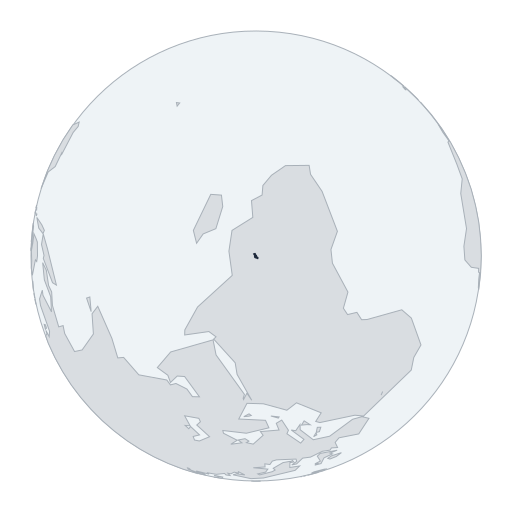 Chitipa on an orthographic globe, rotated 183°
{"feature_id": "MWI-1873", "entity_name": "Chitipa", "entity_type": "District", "adm_level": 1, "iso_a3": "MWI", "parent_name": "Malawi", "parent_adm1": "", "projection": "orthographic", "projection_center": [33.389, -9.977], "detail": "fine", "context": "on_globe", "style": "filled", "palette": "slate", "viewbox_px": 512, "rotation_deg": 183, "n_neighbors": 0, "source": "natural_earth", "source_scale": "10m", "svg_char_len": 6431}
<svg xmlns="http://www.w3.org/2000/svg" viewBox="0 0 512 512"><g transform="rotate(183 256 256)"><circle cx="256" cy="256" r="225" fill="#eef3f6" stroke="#a8b0b8"/><path d="M31.8,234.0L32.3,236.1L32.3,244.8L31.9,251.1L32.9,251.5L33.0,255.3L40.4,256.0L47.2,263.0L48.9,276.6L47.2,294.4L54.8,329.1L54.1,343.8L60.1,357.9L70.3,379.8L69.1,380.8L75.9,389.3L80.4,396.2L81.4,398.1L87.0,404.8L88.0,406.1L91.3,409.5L99.8,418.3L88.0,406.1L77.2,393.1L67.4,379.3L58.7,364.7L51.1,349.6L44.6,334.0L39.4,317.9L35.3,301.4L32.6,284.7L31.0,267.8L30.8,250.9L31.8,234.0ZM102.0,420.4L107.7,425.5L116.4,432.8L102.0,420.4ZM117.1,433.3L121.2,436.4L121.7,436.8L122.4,437.4L117.1,433.3ZM126.6,440.4L122.3,437.3L127.2,440.4L131.3,443.5L129.3,442.3L126.6,440.4ZM117.3,432.4L114.6,429.5L115.9,430.2L118.1,432.5L117.3,432.4ZM458.8,157.8L461.9,165.4L460.7,167.1L461.9,170.7L458.3,164.6L458.2,170.0L468.6,195.3L469.9,201.8L467.6,210.7L466.7,205.7L457.3,189.5L458.9,204.6L466.1,221.1L468.7,238.2L464.6,230.7L461.6,215.7L458.2,209.5L456.7,196.0L449.3,174.9L445.0,176.4L443.0,168.6L432.2,151.1L424.7,153.1L414.3,169.6L416.7,189.7L411.4,197.5L395.6,166.2L388.7,147.0L382.9,147.8L366.8,131.2L338.6,127.5L334.7,122.8L329.3,124.5L318.0,119.5L312.1,112.2L305.1,112.4L321.0,131.9L328.4,132.0L334.8,125.2L337.8,132.3L348.7,139.4L336.2,155.7L294.5,170.0L290.7,155.1L260.3,117.2L261.4,113.2L261.2,112.8L260.9,112.0L257.9,118.5L252.7,111.7L268.7,136.8L271.2,148.3L293.9,170.8L291.7,173.2L299.1,178.1L323.1,173.4L323.2,178.5L311.7,202.0L278.7,235.4L283.3,259.4L281.3,280.3L261.2,294.4L263.4,311.1L253.1,317.2L252.8,326.8L244.8,337.4L231.3,347.8L207.7,349.3L205.8,340.4L193.4,324.0L176.0,284.9L181.5,266.4L179.3,252.8L162.3,224.8L166.0,208.4L161.5,202.3L152.3,205.0L147.2,197.9L141.7,198.4L107.6,209.9L97.6,202.1L86.6,175.8L93.1,163.0L95.0,150.2L140.2,101.8L148.9,102.2L183.5,93.0L187.7,93.9L182.7,102.8L207.9,111.5L217.1,103.6L240.9,108.8L257.3,108.4L264.7,92.3L237.9,92.4L234.1,85.1L256.4,78.5L280.0,80.0L279.2,77.3L265.1,71.0L271.3,66.7L260.3,68.7L264.2,71.3L257.4,73.0L253.4,70.8L255.8,69.1L248.9,68.0L239.5,77.3L242.4,80.9L223.9,83.4L227.0,90.0L221.7,93.5L214.5,83.7L215.8,80.1L201.6,71.5L198.5,75.4L211.7,84.1L207.2,83.6L203.2,90.1L202.8,84.8L189.2,75.5L173.0,79.9L151.0,98.0L141.8,101.1L134.7,99.8L144.1,83.7L163.6,78.8L167.2,74.0L164.5,69.0L170.6,68.3L171.9,66.0L179.4,64.5L191.1,58.0L198.8,56.6L204.6,50.5L209.4,49.2L204.6,53.0L205.4,55.3L224.9,53.5L229.0,52.0L231.2,48.5L236.3,48.9L235.9,45.8L247.6,44.4L233.0,43.8L235.1,40.7L242.8,38.5L240.9,37.6L228.4,41.5L225.7,43.3L227.7,44.9L218.2,51.1L211.3,52.7L211.2,46.6L201.4,48.6L205.7,44.0L236.9,34.7L249.4,33.4L267.5,36.3L264.0,37.5L255.7,36.8L262.3,39.7L262.3,38.3L266.5,39.0L269.6,37.2L272.7,37.6L270.4,35.4L274.6,35.8L276.0,37.2L284.2,35.9L293.3,37.0L293.6,36.5L291.4,35.7L304.4,38.2L304.0,37.9L299.7,36.8L296.2,35.6L295.1,34.6L299.7,35.5L300.7,36.0L309.6,38.7L311.6,40.4L313.3,40.8L312.7,39.6L301.8,36.1L299.9,35.4L305.6,36.8L303.4,36.2L303.8,36.1L308.5,37.1L302.5,35.6L302.3,35.5L317.7,39.3L332.7,44.2L347.4,50.1L361.6,57.0L375.3,64.9L388.4,73.8L400.9,83.5L412.6,94.1L423.6,105.5L433.8,117.6L443.0,130.4L451.4,143.9L458.8,157.8ZM123.8,123.6L122.4,127.3L123.8,123.6ZM304.6,90.9L318.9,92.7L312.9,83.0L317.9,83.1L314.1,80.0L312.4,82.3L303.0,74.4L309.3,72.5L307.8,69.0L302.9,68.3L292.9,73.1L306.3,84.1L302.8,87.6L304.6,90.9ZM171.6,57.1L173.7,57.7L170.2,60.4L160.4,64.1L165.3,60.0L171.6,57.1ZM177.5,58.0L180.2,52.1L186.4,50.2L182.5,52.1L186.3,51.5L181.0,54.6L184.3,59.3L181.5,62.2L164.8,66.3L171.8,63.1L169.3,62.4L177.5,58.0ZM176.1,46.3L177.4,45.3L189.2,42.1L186.7,43.5L176.7,46.7L173.9,47.1L176.1,46.3ZM199.9,37.8L199.1,38.0L198.6,38.2L199.9,37.8ZM197.1,38.5L194.8,39.3L194.6,39.3L197.1,38.5ZM193.1,39.7L190.2,40.6L192.7,39.9L182.2,43.2L193.1,39.7ZM193.0,90.3L196.3,90.3L201.7,89.5L199.3,93.9L193.0,90.3ZM183.5,83.9L186.6,83.0L185.8,88.1L182.3,88.4L183.5,83.9ZM189.0,78.6L186.8,82.6L185.9,80.6L189.0,78.6ZM207.5,52.3L210.9,51.5L211.0,52.3L208.8,53.7L207.5,52.3ZM245.7,31.0L247.1,30.9L241.6,31.4L239.5,31.5L240.6,31.3L240.3,31.3L245.7,31.0ZM259.8,94.9L254.7,98.0L252.4,96.5L254.6,95.7L259.8,94.9ZM225.2,95.3L232.8,97.0L224.5,96.5L225.2,95.3ZM246.7,31.1L246.0,31.0L248.9,31.0L246.7,31.1ZM342.6,401.5L343.5,405.1L340.2,404.8L342.6,401.5ZM319.9,278.3L304.4,315.2L293.7,315.0L291.8,303.7L297.5,281.2L309.9,275.3L316.0,265.6L319.9,278.3ZM477.5,289.9L477.6,292.7L477.5,293.6L477.5,289.9ZM477.5,284.4L478.1,286.7L477.0,286.4L477.5,284.4ZM478.2,287.7L478.8,287.7L479.0,286.9L478.7,288.9L478.2,287.7ZM476.9,283.1L471.5,275.9L468.7,270.5L469.9,267.2L474.4,272.5L476.9,283.1ZM469.6,266.9L464.6,252.2L453.8,216.5L457.8,218.7L468.3,242.5L467.7,245.4L470.8,256.3L469.6,266.9ZM479.6,257.1L478.9,266.6L476.5,261.8L475.1,258.5L474.2,244.7L474.7,239.0L476.1,240.6L478.3,225.0L479.7,232.2L479.7,239.4L480.6,249.5L479.6,257.1ZM417.7,191.8L423.0,205.1L419.8,206.4L417.7,191.8ZM477.0,212.9L477.6,219.5L476.4,209.7L477.0,212.9ZM475.9,207.3L474.8,202.3L474.9,202.8L475.9,207.3ZM463.9,176.6L462.6,176.2L461.5,173.0L462.5,171.8L463.9,176.6ZM286.6,32.9L281.8,32.8L281.6,33.6L286.4,34.8L277.6,33.5L278.0,32.3L286.6,32.9ZM445.8,377.3L439.6,380.5L440.4,376.0L445.0,369.9L455.2,347.6L455.4,348.7L461.2,334.8L467.9,329.1L474.2,312.1L474.1,312.4L469.0,329.4L462.5,346.0L454.8,362.0L445.8,377.3ZM478.1,293.7L477.7,295.5L478.3,292.3L478.1,293.7ZM481.2,252.2L480.9,252.9L481.0,259.8L481.3,258.4L481.0,262.1L480.5,274.0L480.2,277.3L480.8,264.5L479.9,275.4L479.7,274.1L480.3,263.7L480.8,253.0L481.0,249.2L481.2,250.5L481.2,252.2ZM479.4,227.1L479.4,226.9L479.4,227.1ZM474.6,201.6L474.5,201.0L473.2,196.1L474.6,201.6Z" fill="#d9dde1" stroke="#a8b0b8" stroke-width="1"/><path d="M254.2,254.1L254.2,253.8L254.2,253.7L254.3,253.7L254.5,253.7L254.7,253.9L254.9,254.1L255.0,254.1L255.3,254.1L255.5,254.1L255.9,254.2L255.9,254.3L256.0,254.5L256.4,254.6L256.5,254.6L256.8,254.5L257.0,254.6L257.1,254.8L257.1,255.0L257.2,255.3L256.9,255.4L256.9,255.5L256.7,255.6L256.5,255.8L256.4,255.8L256.4,256.0L256.5,256.0L256.9,256.3L257.0,256.4L257.3,256.5L258.2,257.9L257.2,258.3L257.1,258.2L256.9,258.0L256.8,257.9L256.7,257.7L256.6,257.4L256.6,257.1L256.5,256.9L256.4,256.9L256.2,256.7L255.7,256.4L255.7,256.2L255.8,256.0L255.9,255.8L255.9,255.7L255.8,255.4L255.7,255.3L255.5,255.2L255.4,255.1L255.3,254.9L255.3,254.7L255.2,254.5L254.9,254.5L254.8,254.8L254.7,254.7L254.4,254.6L254.5,254.2L254.4,254.1L254.2,254.1Z" fill="#64748b" stroke="#1e293b" stroke-width="1.5"/></g></svg>